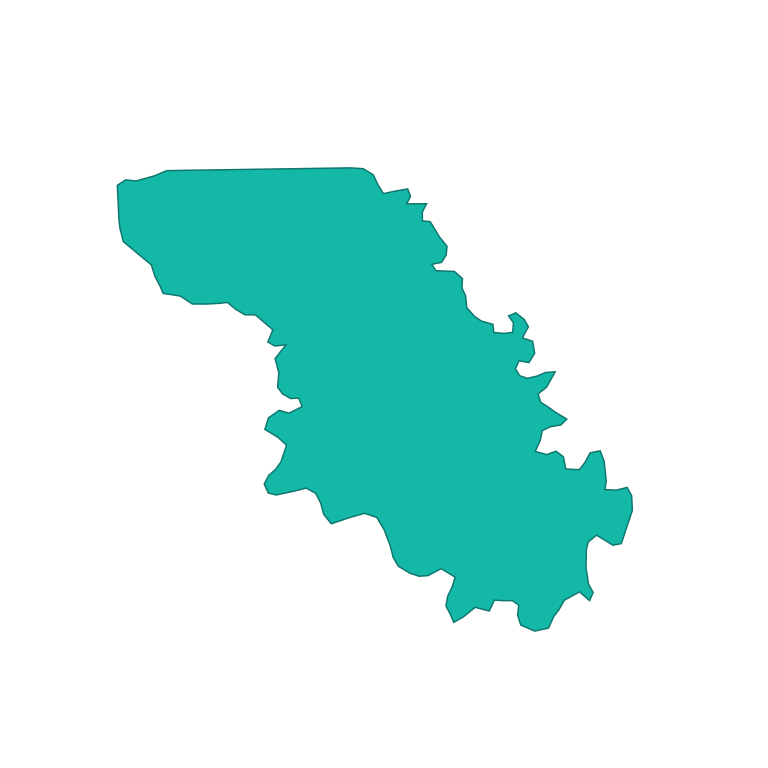 São João da Ponta, Pará, Brazil (Albers equal-area conic projection), rotated 157°
{"feature_id": "56859067B2692108499529", "entity_name": "São João da Ponta", "entity_type": "district", "adm_level": 2, "iso_a3": "BRA", "parent_name": "Brazil", "parent_adm1": "Pará", "projection": "albers", "projection_center": [-47.972, -0.868], "detail": "fine", "context": "isolated", "style": "filled", "palette": "teal", "viewbox_px": 768, "rotation_deg": 157, "n_neighbors": 0, "source": "geoboundaries", "source_scale": "gbopen_adm2", "svg_char_len": 2149}
<svg xmlns="http://www.w3.org/2000/svg" viewBox="0 0 768 768"><g transform="rotate(157 384 384)"><path d="M412.9,137.3L401.6,138.7L387.3,142.8L375.8,133.9L366.9,141.9L359.4,138.2L350.5,134.4L346.4,127.7L351.3,119.1L352.3,108.6L341.7,97.6L327.9,95.1L318.5,103.7L311.3,107.8L302.4,114.5L285.3,116.3L279.4,104.3L273.0,110.3L273.9,120.1L269.8,136.0L262.5,152.4L257.8,158.8L247.4,161.8L236.3,146.2L227.9,144.4L204.7,170.7L199.7,184.5L200.6,193.8L211.5,195.5L222.0,200.5L217.4,207.6L211.5,227.1L211.1,238.0L221.2,240.1L229.5,233.4L237.6,228.8L249.9,234.7L247.3,246.8L251.9,254.9L261.7,255.4L271.2,262.8L262.0,271.3L256.6,279.2L247.8,279.7L237.2,277.2L229.5,280.2L238.1,292.3L242.2,299.2L246.9,305.8L246.0,314.6L235.6,317.6L221.7,328.3L230.8,331.5L240.2,331.5L249.9,333.2L255.8,338.6L257.1,346.6L250.7,352.6L242.2,347.1L233.3,353.4L230.5,365.2L238.6,372.4L228.7,380.3L229.7,388.5L234.8,398.0L242.7,398.0L241.0,389.7L245.3,381.3L253.2,383.4L262.9,388.5L260.4,396.4L269.8,403.9L274.2,410.7L278.0,422.0L274.4,433.5L274.7,442.0L270.6,450.4L275.2,460.1L291.9,468.0L293.2,475.5L283.5,473.5L276.3,478.5L272.2,486.2L275.5,497.8L278.0,515.2L284.9,519.3L281.4,527.4L274.4,533.3L282.7,536.7L292.7,541.0L286.2,546.4L286.0,554.3L298.7,557.3L310.1,559.4L311.8,570.7L312.1,580.6L319.0,590.3L330.3,596.0L500.6,665.3L514.0,665.3L532.9,667.8L542.2,672.9L551.9,671.0L563.8,638.7L566.2,630.7L568.3,616.9L551.6,584.4L552.8,573.0L551.9,561.5L551.9,553.7L537.2,544.6L529.1,532.5L516.5,527.1L503.8,522.5L496.3,520.3L491.2,510.5L485.0,502.1L475.3,497.8L465.1,477.3L474.5,468.1L469.7,461.7L458.9,458.3L466.7,454.2L474.3,449.9L476.4,435.6L483.2,422.5L481.2,414.4L475.6,407.1L468.1,404.4L468.1,395.2L482.8,394.3L490.9,400.7L503.5,398.0L511.4,388.8L502.2,375.9L497.6,365.7L509.3,352.6L517.5,347.6L525.8,345.0L533.4,338.6L533.1,328.9L526.7,324.0L508.6,320.5L496.3,318.6L489.6,310.0L488.8,299.0L490.4,287.4L487.1,275.9L469.4,274.7L452.5,272.6L442.8,264.1L440.8,249.8L441.5,232.5L443.3,220.7L442.0,210.7L434.4,200.0L426.7,193.3L418.3,190.4L403.6,191.7L394.0,178.5L399.8,171.3L408.3,163.8L413.7,155.4L412.9,146.0L412.9,137.3Z" fill="#14b8a6" stroke="#0f766e" stroke-width="1.5"/></g></svg>